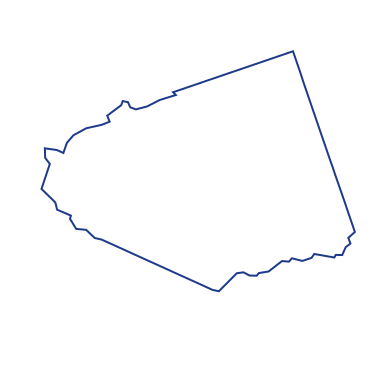 outline of Costilla, Colorado, United States of America, rotated 251°
{"feature_id": "52423323B77576079011979", "entity_name": "Costilla", "entity_type": "district", "adm_level": 2, "iso_a3": "USA", "parent_name": "United States of America", "parent_adm1": "Colorado", "projection": "mercator", "projection_center": [-105.457, 37.327], "detail": "fine", "context": "isolated", "style": "outline", "palette": "blue", "viewbox_px": 384, "rotation_deg": 251, "n_neighbors": 0, "source": "geoboundaries", "source_scale": "gbopen_adm2", "svg_char_len": 898}
<svg xmlns="http://www.w3.org/2000/svg" viewBox="0 0 384 384"><g transform="rotate(251 192 192)"><path d="M92.8,179.5L89.4,185.1L100.6,207.9L99.3,214.5L94.3,219.2L91.8,225.9L93.6,228.8L91.9,238.5L97.4,254.6L94.6,261.0L96.8,264.9L90.9,273.9L90.8,283.6L93.6,287.4L83.7,305.3L85.7,307.4L83.5,313.5L89.8,319.4L91.7,325.0L97.8,324.9L101.2,333.0L101.9,333.0L119.4,333.0L132.0,333.1L163.8,333.0L171.0,333.1L172.3,333.0L187.1,333.0L193.1,333.0L194.8,333.0L202.5,333.0L259.6,333.1L270.0,333.3L292.2,333.3L292.5,206.6L289.0,208.3L289.5,191.4L287.5,177.4L288.4,165.8L292.2,161.2L297.8,160.7L300.5,156.1L297.1,153.3L291.8,136.7L285.3,137.0L284.9,128.7L286.7,112.7L284.3,98.5L279.2,89.7L270.8,83.1L275.7,77.9L281.2,67.1L272.1,64.3L264.8,66.7L243.9,50.7L226.6,59.4L219.2,58.7L209.1,69.8L206.3,67.9L194.8,70.5L190.7,79.6L180.2,85.0L176.5,91.0L92.8,179.5Z" fill="none" stroke="#1e3a8a" stroke-width="2"/></g></svg>